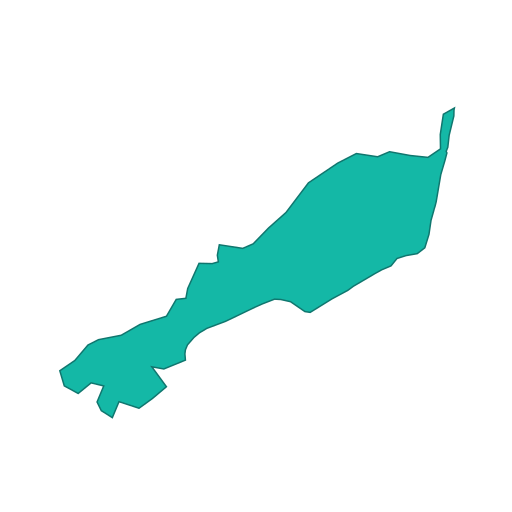 Khojeyli, Karakalpakstan, Uzbekistan (Albers equal-area conic projection), rotated 284°
{"feature_id": "79887680B45163084066424", "entity_name": "Khojeyli", "entity_type": "district", "adm_level": 2, "iso_a3": "UZB", "parent_name": "Uzbekistan", "parent_adm1": "Karakalpakstan", "projection": "albers", "projection_center": [59.321, 42.473], "detail": "fine", "context": "isolated", "style": "filled", "palette": "teal", "viewbox_px": 512, "rotation_deg": 284, "n_neighbors": 0, "source": "geoboundaries", "source_scale": "gbopen_adm2", "svg_char_len": 1166}
<svg xmlns="http://www.w3.org/2000/svg" viewBox="0 0 512 512"><g transform="rotate(284 256 256)"><path d="M68.5,143.3L64.4,155.7L81.5,158.3L80.0,179.3L92.7,190.0L107.5,200.7L123.3,181.7L124.1,193.9L137.9,212.7L143.8,210.7L147.9,210.2L153.2,211.0L162.0,215.5L167.8,219.7L173.9,225.8L185.2,242.2L206.1,267.4L211.1,273.8L218.6,284.4L219.8,290.6L220.0,300.6L213.9,316.9L214.4,322.2L232.9,340.2L245.1,353.6L250.2,357.8L266.8,374.7L267.5,375.4L273.1,381.4L279.1,389.4L287.7,393.4L292.7,401.5L297.3,411.9L304.8,417.8L318.8,418.6L332.9,417.2L342.8,417.5L344.7,417.5L347.7,417.7L352.2,417.7L379.7,415.6L394.1,416.2L402.2,416.3L403.5,415.2L407.9,415.8L419.9,414.2L439.7,414.1L445.5,412.8L447.6,412.7L438.9,403.5L418.5,405.4L404.6,409.1L393.3,399.0L390.8,381.2L389.5,360.4L381.7,350.0L379.7,328.6L365.9,312.8L339.7,289.2L305.5,274.6L286.2,261.4L267.1,250.3L260.2,241.3L258.0,217.7L247.4,218.3L241.2,220.9L238.0,215.3L235.1,202.5L207.9,197.6L198.0,198.2L194.6,189.1L175.9,183.7L161.6,160.1L146.5,144.4L136.7,123.4L129.0,114.5L110.8,105.5L97.2,93.4L83.6,101.4L79.6,116.7L93.0,126.7L93.1,139.7L75.9,137.1L68.5,143.3Z" fill="#14b8a6" stroke="#0f766e" stroke-width="1.5"/></g></svg>